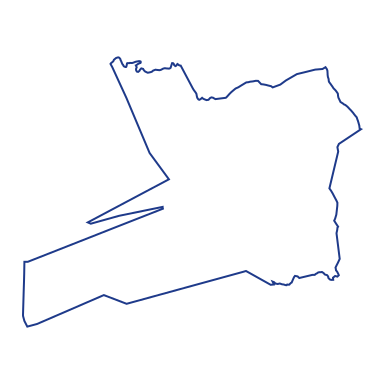 the district of San Andrés Paxtlán, Oaxaca, Mexico
{"feature_id": "50627088B89985884049438", "entity_name": "San Andrés Paxtlán", "entity_type": "district", "adm_level": 2, "iso_a3": "MEX", "parent_name": "Mexico", "parent_adm1": "Oaxaca", "projection": "albers", "projection_center": [-96.515, 16.212], "detail": "fine", "context": "isolated", "style": "outline", "palette": "blue", "viewbox_px": 384, "rotation_deg": 0, "n_neighbors": 0, "source": "geoboundaries", "source_scale": "gbopen_adm2", "svg_char_len": 3908}
<svg xmlns="http://www.w3.org/2000/svg" viewBox="0 0 384 384"><path d="M24.4,261.8L24.2,273.8L24.0,281.5L23.7,291.0L23.4,301.3L23.0,315.1L23.1,316.2L24.4,321.0L27.3,326.6L37.0,324.0L103.8,295.1L106.2,296.0L126.6,303.8L180.5,289.0L242.9,271.9L246.0,271.0L270.7,284.8L273.8,284.5L273.4,283.2L272.6,281.6L274.1,282.2L275.6,283.7L276.3,283.7L277.7,284.0L279.8,283.5L282.0,284.3L283.7,284.5L285.5,285.1L286.6,285.2L287.2,284.5L288.6,284.7L289.4,284.6L289.9,283.9L291.1,282.8L291.7,282.5L291.9,282.0L292.8,279.9L294.0,277.2L295.0,275.9L297.6,276.4L299.3,278.0L312.3,274.9L314.2,274.9L314.7,274.9L315.1,274.5L315.4,274.2L315.7,274.0L316.4,273.6L316.9,273.4L317.3,273.1L317.6,272.9L317.9,272.6L318.4,272.4L318.9,272.3L319.6,272.2L320.5,272.2L321.2,272.2L321.6,272.0L322.0,272.0L322.7,272.5L323.4,272.9L324.0,273.5L324.6,274.3L325.1,274.6L327.0,275.1L327.5,275.6L327.9,276.2L328.2,276.6L328.3,277.8L328.8,278.4L329.5,279.1L330.1,279.6L331.4,279.9L333.2,279.8L333.0,277.7L335.1,276.0L337.4,276.6L338.8,275.2L338.3,274.0L337.2,271.8L336.0,270.3L335.8,268.8L335.5,267.6L336.8,264.9L337.7,263.2L338.5,261.5L339.7,258.9L336.5,233.2L337.2,230.0L337.5,227.5L338.1,226.7L336.3,224.0L334.2,220.7L335.1,218.7L336.3,214.7L336.7,211.3L337.3,205.9L337.4,202.7L336.5,200.7L334.3,196.6L332.8,193.7L331.1,190.8L329.4,188.4L338.2,151.6L337.4,147.1L338.4,145.0L338.9,143.9L361.0,129.2L359.7,128.6L359.6,128.2L359.4,126.6L359.3,125.6L359.2,125.3L358.8,123.8L358.7,123.6L358.5,122.7L358.2,121.8L357.9,120.7L357.7,120.3L357.2,118.9L357.1,118.6L356.8,117.6L356.7,117.3L355.2,115.6L354.1,114.2L353.7,113.7L353.4,113.2L351.6,111.1L350.9,110.3L349.6,109.0L349.4,108.8L348.8,108.1L347.9,107.2L347.7,106.9L346.6,106.0L345.4,105.0L344.4,104.6L344.1,104.5L342.9,103.5L342.6,103.3L340.5,102.0L338.9,98.6L338.5,97.9L338.4,97.6L338.0,95.6L338.0,95.1L337.8,93.5L337.5,93.1L336.9,92.2L335.8,90.7L335.3,90.1L334.4,89.2L333.5,88.3L333.0,87.5L332.3,86.4L331.7,85.6L330.6,84.0L330.2,83.5L329.4,82.4L329.2,82.2L329.1,81.8L328.9,81.4L328.8,81.2L328.6,79.0L328.3,78.1L327.9,76.9L327.7,75.4L327.6,74.7L327.6,73.7L327.5,72.4L327.5,72.1L327.4,70.7L327.0,69.5L326.7,68.9L325.5,67.2L322.5,69.0L315.2,69.6L304.8,72.2L296.9,74.1L286.0,80.4L280.3,84.6L272.7,87.4L271.1,86.2L268.2,85.5L266.0,84.9L263.3,84.4L261.2,84.2L259.1,82.0L258.1,80.9L255.8,80.8L252.9,81.4L250.1,81.7L248.4,82.2L246.3,82.4L243.5,84.1L241.5,85.3L238.3,87.3L235.6,88.5L233.3,90.4L231.2,92.2L229.5,93.9L227.8,95.8L226.7,97.0L225.8,97.8L215.4,99.1L214.1,98.4L213.0,97.7L211.4,97.4L210.1,98.0L208.5,99.8L206.5,100.1L205.2,99.6L203.3,98.8L202.1,97.8L200.5,99.2L199.2,99.8L198.3,99.3L197.2,97.7L196.8,96.0L196.4,93.8L195.7,92.6L193.7,89.9L192.7,88.2L180.7,65.6L180.0,65.6L179.4,65.3L178.8,65.1L178.2,64.5L177.4,64.0L176.8,64.9L176.2,65.7L175.3,66.1L174.7,65.4L174.1,65.0L173.7,63.8L172.9,63.1L172.1,63.1L171.7,64.3L170.8,67.2L170.6,67.8L169.6,68.5L168.6,68.6L167.4,68.5L166.1,68.4L164.9,68.2L163.2,68.6L161.0,69.8L159.6,70.2L156.8,69.9L155.5,69.7L153.1,70.6L151.9,71.7L150.8,72.1L148.6,72.6L147.6,72.7L145.1,71.5L144.3,70.7L143.7,70.0L143.1,68.9L141.3,68.4L140.0,69.7L139.4,70.9L138.1,71.9L136.9,71.6L136.2,70.5L136.0,69.1L136.7,67.2L135.9,65.5L136.3,65.4L136.5,65.0L137.5,64.4L137.8,64.1L138.7,63.6L139.4,63.3L140.4,63.0L140.7,62.6L140.7,61.7L140.5,61.4L139.9,61.3L139.1,61.1L137.6,61.4L136.3,61.6L135.2,61.9L134.0,62.4L132.9,62.8L132.0,63.0L129.8,62.9L129.4,63.1L127.4,63.1L127.0,63.4L126.8,64.7L126.7,65.2L126.4,66.5L126.2,66.9L125.8,67.0L125.3,67.0L124.9,66.8L124.0,66.4L123.6,66.0L123.1,64.9L122.6,64.5L122.1,63.4L121.7,62.6L121.3,61.4L120.7,60.4L120.3,59.0L119.3,57.8L118.6,57.4L117.5,57.5L115.9,58.1L115.1,58.8L113.9,59.8L113.4,61.1L112.5,62.0L111.2,63.0L110.5,63.9L112.3,67.2L118.9,81.6L126.4,97.9L149.6,153.0L168.9,179.3L111.3,209.9L87.8,222.4L90.8,223.7L119.1,215.8L162.6,206.9L162.6,207.3L162.9,208.7L117.0,226.7L27.8,261.8L24.4,261.8Z" fill="none" stroke="#1e3a8a" stroke-width="2"/></svg>